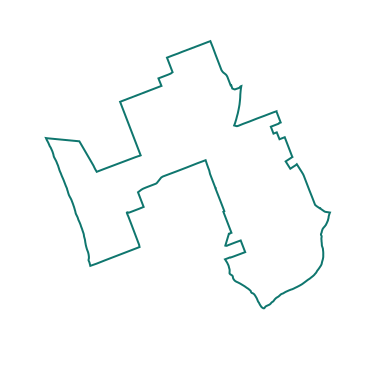 Nedlands, Western Australia, Australia, rotated 339°
{"feature_id": "25037944B80247248268591", "entity_name": "Nedlands", "entity_type": "district", "adm_level": 2, "iso_a3": "AUS", "parent_name": "Australia", "parent_adm1": "Western Australia", "projection": "mercator", "projection_center": [115.79, -31.975], "detail": "fine", "context": "isolated", "style": "outline", "palette": "teal", "viewbox_px": 384, "rotation_deg": 339, "n_neighbors": 0, "source": "geoboundaries", "source_scale": "gbopen_adm2", "svg_char_len": 5813}
<svg xmlns="http://www.w3.org/2000/svg" viewBox="0 0 384 384"><g transform="rotate(339 192 192)"><path d="M75.0,89.3L75.1,91.8L75.3,92.8L75.5,94.8L75.6,96.9L75.6,98.0L75.8,99.0L76.0,100.0L76.1,102.2L76.2,103.4L76.2,104.5L76.1,106.5L76.0,107.5L75.8,108.6L75.7,109.6L75.8,110.7L76.2,113.9L76.3,115.0L76.3,117.2L76.4,119.5L76.3,120.5L76.2,122.7L76.1,123.7L76.1,124.8L76.1,125.9L76.2,127.0L76.2,128.2L76.2,130.3L76.3,132.3L76.4,134.5L76.4,135.6L76.4,136.6L76.4,138.9L76.4,140.0L76.4,141.1L76.5,143.2L76.5,144.2L76.3,145.3L76.3,146.4L76.2,147.5L76.1,148.5L76.0,150.7L76.1,151.7L76.2,152.8L76.4,153.8L76.4,154.3L76.5,154.9L76.6,155.9L76.6,158.1L76.6,159.2L76.6,160.5L76.5,162.6L76.5,163.6L76.3,165.9L76.2,166.9L76.2,167.4L76.0,168.9L75.8,170.1L75.8,171.2L75.9,172.2L76.0,173.3L76.1,174.4L76.1,175.6L76.0,176.7L76.0,177.8L76.1,178.8L76.2,181.0L76.2,183.1L76.1,184.1L76.1,185.1L76.1,187.4L76.0,188.5L75.9,191.6L75.8,192.7L75.3,194.8L75.2,195.8L75.0,197.9L74.8,198.9L74.3,201.0L74.1,202.2L73.9,203.1L73.6,205.5L73.5,206.6L73.4,207.7L73.4,208.8L73.4,209.9L73.4,211.0L73.1,213.2L72.6,215.3L72.3,216.2L71.9,217.1L71.3,217.9L70.9,218.9L71.0,220.0L71.0,221.1L70.6,224.5L77.3,224.7L86.6,224.6L92.1,224.6L96.3,224.6L122.6,224.6L123.3,224.6L123.7,222.3L123.8,200.3L123.8,191.6L123.8,191.3L123.7,191.1L123.7,190.4L123.7,188.0L123.8,187.9L124.0,187.8L124.3,187.8L124.8,188.0L125.0,188.1L125.2,188.4L125.3,188.5L125.5,188.6L126.0,188.7L136.7,188.7L141.5,188.6L141.5,182.4L141.5,176.0L141.5,172.9L144.3,172.1L145.6,171.7L147.6,171.4L150.7,171.3L153.7,171.3L161.2,171.3L162.2,171.1L163.1,170.6L167.5,168.0L168.3,167.5L169.2,167.3L170.3,167.1L171.3,167.1L172.3,167.1L184.5,167.2L196.1,167.2L207.3,167.1L216.1,167.2L215.9,171.4L215.8,175.6L215.8,178.0L215.3,181.6L215.3,188.2L215.3,189.8L215.3,193.9L215.3,196.4L215.4,196.5L215.5,196.5L215.6,196.8L215.6,197.0L215.4,197.2L215.2,197.2L215.3,210.8L215.3,221.5L214.2,221.7L214.2,235.4L214.2,235.8L214.2,244.2L212.2,244.2L212.2,244.3L212.1,244.5L211.9,244.5L211.6,244.6L211.3,244.4L210.8,245.1L203.9,254.0L204.6,254.5L205.6,254.7L206.5,254.6L209.4,254.6L214.9,254.6L220.1,254.7L220.1,258.5L220.1,264.6L220.1,267.2L209.3,267.1L208.5,267.1L207.7,267.1L204.3,267.0L204.1,266.7L203.7,266.7L198.7,266.7L198.8,267.1L198.9,267.6L199.1,268.7L199.2,269.2L199.3,269.5L199.5,270.8L199.6,271.7L199.6,272.5L199.7,272.9L199.7,274.3L199.6,275.0L199.5,275.6L199.4,276.7L199.4,277.0L199.2,278.3L198.7,279.5L198.4,280.2L198.3,280.4L197.9,281.4L197.9,281.6L198.0,281.9L198.1,282.2L198.4,282.8L198.8,283.3L199.0,283.5L199.6,284.4L199.8,285.0L199.8,285.4L199.8,285.6L199.5,286.8L199.5,287.2L199.5,287.4L199.5,287.9L199.8,289.1L200.2,290.2L201.2,291.6L202.5,292.9L204.1,294.7L207.3,298.8L208.8,301.1L209.7,302.3L210.4,303.5L210.9,304.5L211.3,305.2L211.3,306.1L211.3,306.9L211.7,307.7L212.5,308.4L213.2,309.4L213.5,310.1L213.8,311.3L214.3,314.1L214.4,315.7L214.4,317.0L214.5,318.3L214.8,319.2L215.0,321.4L215.5,323.7L215.8,324.6L216.9,326.1L217.8,326.4L218.5,326.0L219.4,325.4L220.0,325.2L220.8,325.1L224.0,324.9L225.2,324.5L226.1,324.0L226.9,323.6L228.7,323.2L230.6,322.0L231.6,321.5L232.9,321.0L234.1,320.8L235.2,320.6L236.6,320.1L237.8,319.6L238.8,319.3L239.6,319.3L240.9,319.3L242.4,319.0L243.8,318.8L247.4,318.6L249.0,318.6L249.7,318.6L250.7,318.7L252.5,318.6L254.2,318.4L255.8,318.3L257.6,318.1L259.3,317.9L261.7,317.5L263.2,317.1L265.7,316.4L268.8,315.5L270.8,315.1L272.6,314.5L274.9,313.8L276.4,313.2L277.6,312.5L279.0,311.8L280.8,310.3L281.9,309.7L283.7,308.5L285.1,307.5L286.1,306.8L287.2,305.7L288.3,304.0L290.1,301.6L291.2,299.8L291.6,298.8L292.1,297.5L292.7,296.0L293.2,294.4L293.5,293.2L293.9,291.8L294.0,290.3L294.0,289.4L294.1,288.4L294.2,288.1L294.4,287.5L294.6,287.0L294.7,286.6L294.8,286.2L294.9,285.9L295.1,285.3L295.1,285.1L295.4,284.0L295.6,283.6L295.8,282.7L296.0,282.3L296.0,282.1L296.4,281.2L296.6,281.0L297.2,279.7L297.2,279.4L297.2,279.2L297.1,278.9L297.1,278.5L297.1,278.1L297.3,277.6L297.5,277.3L298.0,276.8L298.7,276.0L298.9,275.6L299.0,275.4L299.4,274.9L299.6,274.7L300.2,273.9L300.5,273.6L300.9,273.2L302.0,272.5L303.0,272.0L303.1,271.9L303.8,271.6L304.6,271.0L305.1,270.8L305.6,270.3L306.1,269.8L306.3,269.7L306.8,269.2L307.2,268.7L307.4,268.6L307.7,268.3L308.2,267.7L308.4,267.6L308.9,267.0L309.1,266.7L309.2,266.4L309.4,266.2L310.0,265.4L310.1,265.2L310.5,264.5L310.6,264.3L310.9,263.7L311.3,263.2L311.5,262.9L311.8,262.5L311.9,262.4L312.7,261.4L312.9,261.2L313.2,260.8L313.4,260.6L309.4,258.3L308.8,257.8L305.9,253.5L305.9,253.4L306.0,253.2L305.9,252.9L305.6,252.7L305.4,252.7L305.3,252.8L303.4,250.1L302.5,248.5L302.3,248.0L302.3,247.1L302.3,240.2L302.2,232.1L302.2,226.1L302.2,216.9L302.1,215.3L301.7,213.0L300.5,207.1L299.8,203.6L298.6,204.1L295.3,204.8L292.1,205.5L290.4,197.0L298.3,195.3L298.2,194.7L298.2,174.1L292.6,174.1L292.5,166.7L289.0,166.7L289.0,159.3L297.4,159.3L297.8,158.9L299.7,158.9L299.7,148.0L299.7,147.2L299.8,146.9L296.0,146.8L286.6,146.8L279.2,146.7L270.9,146.8L264.3,146.7L259.6,146.8L258.9,146.8L257.8,146.7L257.2,146.5L255.2,145.0L256.9,143.1L259.4,139.9L261.3,137.2L262.8,135.2L265.2,131.5L266.8,128.9L267.8,127.2L270.0,122.9L270.9,121.0L272.0,118.4L273.6,115.1L274.8,112.8L276.0,110.8L275.3,110.8L274.6,111.1L274.2,111.4L273.6,111.6L273.0,111.7L268.9,111.6L268.6,111.5L268.3,111.3L266.7,109.8L266.9,106.3L266.3,106.3L266.3,98.1L266.3,97.2L266.1,95.7L265.8,94.7L265.1,93.4L264.0,91.6L263.5,90.2L263.2,88.7L263.2,86.3L263.2,76.8L263.2,73.4L263.2,72.5L263.3,64.5L263.2,57.7L252.8,57.7L232.9,57.6L228.7,57.7L223.4,57.6L216.8,57.6L216.8,73.2L214.6,73.8L212.0,73.9L201.4,73.9L201.4,75.3L201.5,82.0L157.2,82.0L157.2,139.4L155.5,139.4L154.7,139.3L150.6,139.2L149.7,139.2L118.5,139.0L112.1,139.0L110.6,139.0L110.3,139.0L109.8,136.0L109.5,132.9L109.5,132.3L108.2,124.1L105.0,104.3L76.4,90.1L75.0,89.3Z" fill="none" stroke="#0f766e" stroke-width="2"/></g></svg>